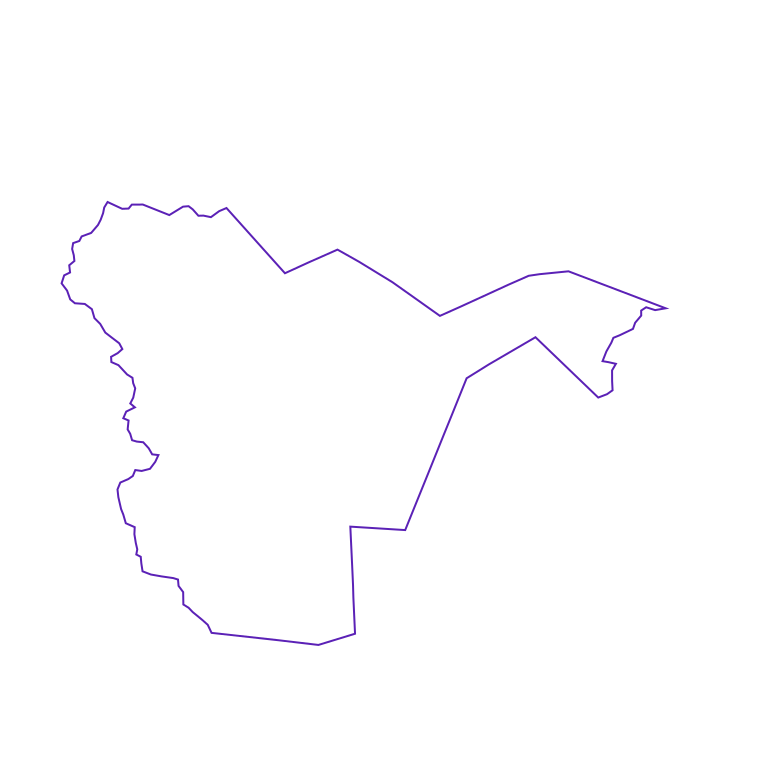 Água Preta, Pernambuco, Brazil, rotated 77°
{"feature_id": "56859067B99963356412199", "entity_name": "Água Preta", "entity_type": "district", "adm_level": 2, "iso_a3": "BRA", "parent_name": "Brazil", "parent_adm1": "Pernambuco", "projection": "orthographic", "projection_center": [-35.496, -8.676], "detail": "fine", "context": "isolated", "style": "outline", "palette": "violet", "viewbox_px": 768, "rotation_deg": 77, "n_neighbors": 0, "source": "geoboundaries", "source_scale": "gbopen_adm2", "svg_char_len": 1880}
<svg xmlns="http://www.w3.org/2000/svg" viewBox="0 0 768 768"><g transform="rotate(77 384 384)"><path d="M402.3,160.0L394.9,153.2L390.6,150.1L389.5,143.3L386.3,129.0L380.8,125.5L375.2,118.0L370.3,116.9L368.2,111.3L373.0,103.2L373.6,92.5L315.7,178.9L312.0,207.7L311.1,218.7L315.3,240.7L325.9,292.2L330.2,314.2L286.8,352.8L259.4,380.7L242.6,399.1L248.5,429.8L253.8,455.6L225.0,471.5L177.1,497.9L178.5,505.7L182.5,515.1L179.3,522.1L178.3,527.0L170.8,531.1L166.8,534.4L166.0,539.9L171.1,555.2L154.9,578.6L152.5,589.4L155.6,593.4L154.4,599.7L144.5,612.4L149.1,616.9L154.4,619.3L160.2,623.1L164.7,626.9L170.9,635.3L172.2,645.4L176.1,648.7L176.8,655.2L182.3,657.5L188.7,657.3L194.5,658.0L197.5,664.0L204.7,664.8L206.2,671.2L213.4,675.5L221.7,671.8L231.0,670.7L235.8,667.0L238.7,657.5L245.4,651.8L254.7,651.3L261.6,647.0L271.2,644.0L277.3,639.0L284.8,632.8L291.1,631.1L294.0,636.5L296.1,643.8L301.3,644.7L305.9,638.5L316.9,632.2L321.4,627.7L326.8,628.2L332.3,627.4L340.9,631.4L345.9,635.6L350.7,632.0L352.9,641.4L358.7,645.7L362.1,641.1L370.6,644.0L375.4,642.5L382.1,642.1L384.5,637.8L386.6,631.7L393.7,627.7L400.4,625.7L402.5,619.8L408.4,624.4L414.0,631.1L414.2,639.7L411.9,645.7L417.1,649.4L419.1,654.5L420.7,663.1L426.8,667.4L434.5,668.3L441.7,668.3L446.7,668.3L452.6,667.4L461.6,666.9L467.4,659.1L474.2,661.0L483.0,661.6L489.6,661.6L494.4,663.7L497.6,659.9L504.2,660.8L512.2,661.4L517.2,654.0L521.4,644.1L525.7,633.0L528.2,628.7L534.5,629.6L541.6,626.5L553.7,629.1L558.1,624.7L563.2,621.7L572.8,614.3L579.0,609.9L587.7,608.0L610.1,544.0L623.5,506.6L620.8,468.4L585.3,461.9L572.9,459.4L553.9,455.9L515.4,448.9L531.1,396.2L515.4,385.2L478.1,359.0L451.5,340.4L446.5,336.9L428.9,324.5L397.0,302.2L388.5,277.4L372.5,225.9L445.4,178.3L444.1,169.0L441.5,162.7L432.6,161.1L422.0,158.7L416.5,153.5L413.2,160.4L410.9,165.9L402.3,160.0Z" fill="none" stroke="#5b21b6" stroke-width="2"/></g></svg>